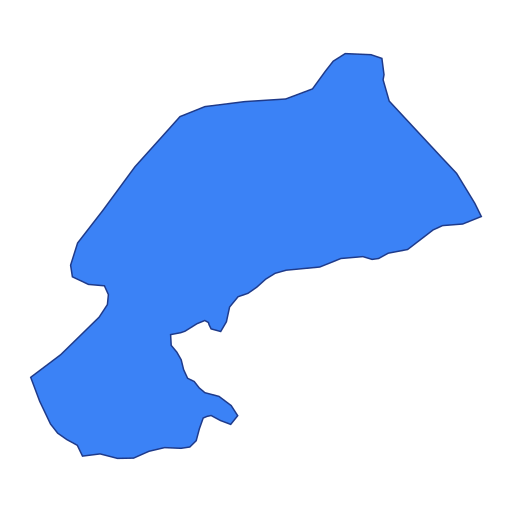 an SVG outline of Karaman
{"feature_id": "TUR-3012", "entity_name": "Karaman", "entity_type": "Province", "adm_level": 1, "iso_a3": "TUR", "parent_name": "Turkey", "parent_adm1": "", "projection": "orthographic", "projection_center": [33.206, 37.039], "detail": "fine", "context": "isolated", "style": "filled", "palette": "blue", "viewbox_px": 512, "rotation_deg": 0, "n_neighbors": 0, "source": "natural_earth", "source_scale": "10m", "svg_char_len": 1189}
<svg xmlns="http://www.w3.org/2000/svg" viewBox="0 0 512 512"><path d="M345.2,53.6L371.0,54.7L381.9,58.4L384.0,74.7L383.1,79.8L389.2,101.1L419.3,133.5L440.8,156.6L456.6,173.4L474.8,203.3L481.3,216.5L462.7,224.0L442.5,225.6L433.1,229.9L407.6,249.5L388.2,253.2L378.6,258.5L372.1,259.4L362.9,256.6L340.9,258.5L319.8,267.0L286.1,270.2L275.1,273.3L265.6,279.2L257.0,287.0L248.0,293.3L238.1,296.7L229.6,307.0L226.4,321.8L220.7,331.5L211.1,328.9L209.1,324.8L208.4,322.5L204.8,320.5L197.0,323.7L185.0,331.2L180.7,332.7L170.6,334.6L171.2,345.4L176.8,352.1L181.2,359.8L183.6,369.6L187.6,378.3L194.2,381.5L199.2,387.9L204.9,392.7L219.0,396.4L231.2,405.6L237.7,415.7L230.7,424.4L220.4,420.5L211.1,415.5L207.0,416.4L203.2,418.0L199.4,428.7L196.2,440.7L189.8,447.0L181.0,448.3L164.6,447.6L148.9,451.3L133.6,458.1L117.5,458.4L100.1,453.9L82.5,456.1L77.3,445.3L66.7,439.5L57.7,433.2L50.5,424.0L39.7,401.3L30.7,377.3L60.8,354.6L99.2,317.1L107.4,304.6L108.4,294.6L104.4,285.8L88.4,284.4L72.4,276.8L70.6,265.2L77.6,243.0L102.8,210.5L135.0,166.7L166.3,131.9L180.0,116.6L204.9,106.6L244.8,101.6L285.6,99.0L312.5,88.9L325.3,71.3L333.2,61.2L345.2,53.6Z" fill="#3b82f6" stroke="#1e3a8a" stroke-width="1.5"/></svg>